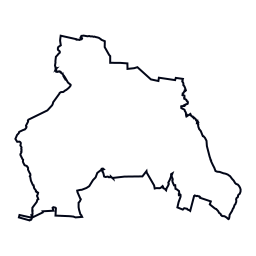 outline of Villa de Allende, México, Mexico
{"feature_id": "50627088B59559873877291", "entity_name": "Villa de Allende", "entity_type": "district", "adm_level": 2, "iso_a3": "MEX", "parent_name": "Mexico", "parent_adm1": "México", "projection": "mercator", "projection_center": [-100.123, 19.395], "detail": "fine", "context": "isolated", "style": "outline", "palette": "ink", "viewbox_px": 256, "rotation_deg": 0, "n_neighbors": 0, "source": "geoboundaries", "source_scale": "gbopen_adm2", "svg_char_len": 5702}
<svg xmlns="http://www.w3.org/2000/svg" viewBox="0 0 256 256"><path d="M235.5,204.0L235.5,203.7L236.2,202.0L236.3,200.4L236.1,199.4L236.5,198.2L236.9,197.7L237.7,197.3L238.0,196.7L238.0,195.8L238.3,195.0L238.6,194.6L239.7,193.8L240.5,191.7L240.6,189.5L240.1,187.9L239.2,186.2L238.2,185.0L237.7,184.5L236.2,184.0L235.1,183.0L233.7,180.6L232.1,178.9L230.1,176.2L229.3,175.7L227.8,174.6L226.1,173.9L224.7,173.5L223.5,173.3L219.7,171.9L217.2,171.7L215.5,171.0L214.3,167.8L213.0,165.3L211.1,161.3L211.1,160.3L210.5,159.8L210.3,158.6L209.6,156.6L206.9,146.1L206.5,140.8L205.0,137.9L203.4,136.1L202.8,136.1L200.8,131.1L199.0,128.8L198.9,128.2L198.4,127.0L198.1,125.3L198.3,124.3L197.7,123.8L197.8,123.6L197.4,123.3L197.6,122.7L197.3,122.8L197.4,122.5L197.0,122.5L197.1,122.1L197.9,122.0L197.6,121.6L197.4,120.6L196.7,120.8L196.2,120.5L196.3,120.1L195.9,119.6L195.8,119.3L195.2,118.7L194.4,118.3L194.3,117.7L193.7,117.4L193.5,117.8L193.0,117.1L192.9,116.8L192.5,116.9L192.4,116.8L192.4,116.5L192.0,116.3L190.7,115.4L190.8,115.0L190.6,114.3L190.3,113.9L189.7,114.4L187.6,115.7L186.4,116.6L185.6,116.3L185.9,116.3L186.6,114.5L186.0,114.3L185.8,112.4L184.9,111.1L184.7,110.1L184.3,109.6L181.5,108.2L181.2,107.9L181.5,106.9L181.2,106.5L181.3,106.2L183.3,106.1L183.6,105.5L184.6,105.0L184.6,105.4L184.1,105.9L184.2,106.0L184.5,106.0L185.2,105.1L186.2,104.2L187.2,104.0L187.7,103.7L187.9,102.4L187.7,101.6L187.1,101.4L186.9,100.9L186.5,100.5L186.4,99.9L186.2,99.7L184.3,98.7L184.5,98.3L184.5,97.8L184.2,97.6L184.5,97.0L184.4,95.6L183.2,95.2L182.6,95.3L182.4,95.1L182.8,94.0L182.7,93.4L183.6,92.8L183.9,92.0L184.8,91.3L184.8,90.9L184.6,90.7L184.7,90.3L185.1,90.3L185.6,90.7L185.9,90.4L185.2,88.4L184.5,86.6L184.1,85.9L183.4,85.3L183.3,84.9L183.5,84.2L183.1,82.5L182.3,81.6L182.5,81.2L182.6,80.7L182.4,80.5L182.9,78.9L175.8,77.9L175.1,80.1L158.9,77.7L158.4,81.0L150.9,79.4L137.4,67.2L134.1,68.2L127.5,68.9L127.4,63.4L120.7,62.9L110.2,62.8L110.2,56.1L109.1,54.9L104.7,47.1L104.8,41.2L101.4,39.8L101.1,39.4L99.1,38.0L98.4,37.7L96.6,37.2L96.2,37.2L94.4,36.6L93.7,36.8L92.3,36.4L90.4,36.4L89.2,36.0L87.6,36.3L83.5,35.6L81.9,35.9L81.4,35.9L80.5,37.7L80.9,38.1L81.0,37.7L81.8,38.0L82.1,38.2L82.1,38.6L81.5,39.3L79.6,39.6L79.5,39.9L78.3,39.7L76.5,39.7L76.4,39.2L60.7,35.7L60.2,39.4L60.1,40.8L60.8,45.3L58.4,46.9L57.9,48.0L57.9,49.6L58.2,50.1L59.4,51.0L59.9,52.0L59.6,52.9L58.6,53.7L57.4,55.2L55.9,56.8L55.4,61.2L55.5,62.4L55.0,65.5L55.4,67.1L55.6,67.2L55.6,68.5L56.5,68.3L56.3,68.5L55.9,68.6L55.5,69.7L56.5,68.9L56.1,69.6L55.9,70.7L56.2,70.9L55.9,71.1L56.2,71.8L57.6,71.9L58.2,71.7L58.3,71.5L59.4,71.3L60.2,71.6L60.2,71.8L60.7,72.1L60.5,72.4L61.0,72.8L61.1,72.7L62.1,73.6L62.3,73.8L62.6,73.7L62.6,74.0L63.5,75.6L63.9,75.7L64.1,76.1L63.6,76.4L64.8,78.5L65.6,78.5L65.4,78.6L65.5,79.6L65.9,79.8L65.7,79.4L65.8,78.8L68.0,82.6L70.6,84.7L70.6,85.6L69.5,87.1L68.4,88.2L66.2,90.0L65.4,90.3L63.9,91.5L63.1,92.0L61.0,92.1L59.7,92.9L59.3,93.8L53.2,102.2L52.8,103.8L52.1,105.3L47.4,110.4L28.4,119.7L27.9,120.5L28.1,121.3L28.0,121.8L26.0,125.6L26.2,126.7L26.5,126.9L26.2,127.9L24.9,129.4L22.7,130.2L19.2,131.9L18.7,133.3L17.1,134.9L15.4,138.9L17.2,141.8L18.6,141.7L19.6,141.7L20.2,142.1L20.7,142.7L20.8,143.5L20.4,145.5L21.5,147.3L21.4,148.5L21.2,148.9L21.6,149.9L21.4,150.6L21.5,151.1L21.2,151.4L21.4,152.0L21.4,152.4L20.7,153.6L20.4,154.3L20.6,155.5L21.2,156.3L21.4,157.1L21.8,157.6L22.3,158.9L23.1,159.7L22.9,161.6L23.3,162.7L24.6,165.2L26.8,166.0L27.2,166.8L27.6,167.0L28.1,168.0L28.0,169.6L29.5,172.7L30.3,174.0L30.4,175.3L29.8,176.2L30.2,176.7L30.9,180.6L32.8,184.9L33.6,185.3L33.6,186.0L34.0,186.9L33.9,187.5L34.3,188.4L34.7,189.0L35.2,189.5L36.0,190.7L35.9,191.4L36.2,191.5L36.5,192.0L36.8,191.8L38.1,192.7L37.6,194.7L37.0,195.7L37.1,196.2L38.0,198.1L38.3,199.2L37.4,199.6L36.7,202.0L32.4,207.7L32.3,210.1L32.5,210.0L32.6,210.5L32.4,213.1L32.6,213.7L32.2,214.7L32.3,214.9L32.0,215.1L32.2,215.8L31.5,215.5L31.6,216.1L31.3,217.6L19.5,215.0L18.9,217.4L29.6,220.4L30.0,219.9L30.8,219.9L31.2,219.6L31.7,218.6L31.9,217.7L42.8,212.4L42.9,211.7L42.7,211.3L53.4,210.7L52.6,207.8L53.3,207.2L55.2,207.6L55.9,208.2L55.5,215.6L69.8,216.2L73.5,216.6L74.4,217.0L75.6,217.4L82.1,216.9L81.4,215.5L81.4,215.3L80.4,214.3L79.0,209.5L78.6,207.2L78.6,202.7L79.8,201.4L80.8,199.2L80.2,198.4L77.5,192.2L77.2,190.6L80.2,189.9L81.7,189.8L86.4,188.0L89.2,186.2L93.0,180.1L95.6,177.4L97.3,172.9L101.2,169.9L101.6,168.8L102.4,168.6L103.0,168.6L103.8,169.3L102.2,169.9L102.0,170.3L102.6,171.3L102.4,171.5L103.4,173.2L104.1,176.5L105.5,177.0L107.8,176.6L109.0,177.3L110.3,177.0L110.8,177.2L110.8,176.5L113.2,178.7L113.0,177.9L124.5,176.6L142.4,176.4L146.5,171.1L146.7,172.6L154.1,185.4L154.7,188.5L156.5,188.1L159.5,188.2L160.6,187.9L162.6,186.1L163.0,186.8L163.3,188.2L165.2,189.0L165.6,189.8L166.1,190.3L166.6,188.3L168.2,185.5L168.5,184.5L168.5,184.2L168.8,183.9L168.3,182.7L169.7,180.0L170.9,176.9L171.1,175.6L171.1,174.2L172.4,173.4L171.6,175.6L171.9,177.1L172.6,178.7L172.7,179.8L172.3,180.1L172.5,181.8L174.0,185.3L175.2,185.2L175.5,188.8L176.7,189.3L179.0,191.1L179.3,193.6L178.8,193.9L178.9,195.2L179.6,195.1L179.6,194.6L179.8,194.6L179.9,194.3L180.5,194.7L180.6,196.0L180.5,196.9L178.6,202.1L177.4,207.4L182.8,209.6L184.2,208.2L187.1,208.8L187.5,209.5L189.4,210.3L190.2,210.9L194.1,196.0L194.6,195.9L194.8,195.5L196.1,195.9L196.3,196.1L197.7,195.9L198.7,196.5L199.4,196.4L200.2,197.2L200.1,197.8L210.8,201.4L209.8,204.4L214.4,208.1L215.6,208.9L216.2,209.0L218.3,211.3L219.0,212.8L220.5,213.8L221.1,215.2L221.5,215.3L221.9,215.9L222.6,216.1L224.0,216.1L225.0,216.5L227.0,217.8L227.4,218.3L228.4,219.1L229.0,218.7L229.4,217.0L229.6,214.9L232.0,211.0L233.0,208.5L233.6,207.9L234.5,205.1L235.5,204.0Z" fill="none" stroke="#020617" stroke-width="2"/></svg>